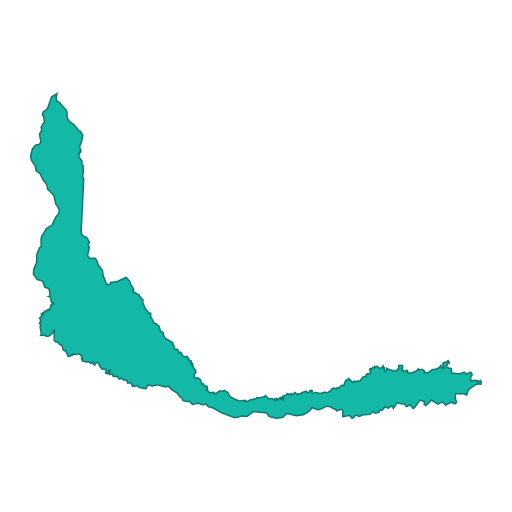 the district of Restrepo, Meta, Colombia
{"feature_id": "7082276B24108875707183", "entity_name": "Restrepo", "entity_type": "district", "adm_level": 2, "iso_a3": "COL", "parent_name": "Colombia", "parent_adm1": "Meta", "projection": "robinson", "projection_center": [-73.4, 4.296], "detail": "fine", "context": "isolated", "style": "filled", "palette": "teal", "viewbox_px": 512, "rotation_deg": 0, "n_neighbors": 0, "source": "geoboundaries", "source_scale": "gbopen_adm2", "svg_char_len": 5979}
<svg xmlns="http://www.w3.org/2000/svg" viewBox="0 0 512 512"><path d="M57.0,93.7L51.7,96.7L47.3,109.0L43.1,112.1L42.4,114.9L43.4,116.1L44.5,121.4L41.1,127.3L41.8,130.0L39.5,134.1L40.9,142.0L39.3,144.3L35.5,145.2L32.4,148.8L30.7,156.0L31.2,159.9L35.2,165.9L36.1,170.7L40.0,173.6L43.6,180.8L45.6,182.5L47.1,185.8L47.4,188.8L53.9,195.5L55.8,204.1L58.4,207.6L59.3,210.9L58.8,213.5L55.9,216.9L51.9,225.1L46.3,228.7L41.8,236.2L41.0,239.0L41.2,246.3L39.2,248.2L36.6,255.3L36.8,262.2L33.9,268.8L33.4,274.0L37.2,279.5L42.6,281.1L44.9,287.4L47.8,288.1L49.6,290.3L49.7,296.2L48.9,296.5L49.9,296.7L50.6,298.1L51.5,302.7L53.1,302.7L53.8,303.7L50.8,305.1L50.8,307.4L48.7,309.6L49.2,310.3L47.5,309.8L45.7,311.6L45.0,311.3L45.2,312.2L42.9,312.5L42.6,314.9L41.4,313.9L41.6,316.5L39.5,318.1L40.8,320.3L40.2,321.4L40.6,322.5L39.4,323.3L40.8,325.0L40.1,327.1L41.4,333.8L40.7,335.4L44.3,335.3L46.7,336.4L49.2,336.0L52.8,332.8L54.3,329.4L54.1,340.3L55.8,342.0L57.8,341.9L59.5,344.5L61.9,345.4L63.3,350.2L65.4,350.3L65.2,351.2L66.3,352.0L68.2,356.5L70.9,355.9L71.4,354.7L72.4,355.2L72.8,353.9L74.7,354.5L78.6,353.7L81.5,355.6L81.4,356.9L82.8,358.5L81.5,359.0L82.6,361.1L87.0,362.0L88.6,361.6L90.6,363.4L92.7,361.9L93.1,363.8L94.6,365.1L96.1,362.7L97.3,362.3L99.1,364.0L99.3,365.5L101.8,369.0L105.4,369.2L106.3,370.6L105.5,372.4L106.0,373.3L107.6,373.8L108.6,372.4L108.5,370.4L110.3,370.1L109.1,372.6L109.5,374.6L112.1,374.0L113.0,376.2L117.6,376.8L119.4,379.2L121.1,378.2L123.6,380.0L125.9,380.1L127.1,380.9L127.8,383.3L130.7,382.5L132.7,386.5L137.1,385.8L140.0,387.7L146.1,388.7L147.6,385.3L148.5,384.9L152.2,386.0L157.0,384.8L165.9,387.0L168.1,386.0L171.7,389.7L177.1,393.0L179.8,396.8L182.0,397.6L182.5,399.9L183.9,400.9L190.2,401.8L192.4,404.5L197.4,403.1L203.3,404.9L205.9,404.0L208.5,406.8L213.1,408.0L220.6,412.3L233.9,417.5L236.3,417.6L241.3,416.1L247.3,416.3L253.4,411.6L266.6,412.9L269.2,416.5L276.4,418.3L282.7,417.4L286.9,413.5L296.3,415.7L303.0,414.8L308.7,411.7L312.1,407.7L318.6,409.9L326.6,406.3L330.4,406.7L333.2,408.7L335.0,408.8L336.6,410.9L341.5,409.2L342.8,410.4L342.7,416.7L349.4,415.4L352.1,418.3L353.8,417.5L355.6,415.1L359.3,416.4L362.7,414.9L369.9,414.3L372.9,411.6L375.1,413.2L379.0,412.2L379.2,410.6L382.3,410.0L385.0,406.8L388.2,408.2L391.5,406.0L392.7,406.4L393.3,408.4L397.4,402.5L401.3,403.9L404.2,403.6L406.7,406.6L410.1,404.8L413.1,408.5L414.5,407.7L419.7,400.3L424.3,401.4L424.2,404.3L425.9,405.6L431.3,400.1L438.1,404.2L440.5,402.6L443.2,402.4L445.5,405.2L451.7,401.9L454.0,403.7L455.3,403.7L456.5,402.3L455.0,397.3L455.7,393.7L464.2,393.8L466.7,395.0L467.9,390.7L469.5,388.8L475.4,384.8L478.3,383.9L481.0,384.2L481.3,381.7L480.4,380.5L478.4,381.8L477.8,380.7L476.7,381.7L476.2,380.4L475.1,380.2L471.1,381.2L470.5,377.6L472.2,374.5L470.7,372.2L466.3,374.2L464.1,372.2L459.8,373.9L451.5,373.0L451.4,368.6L447.7,367.8L446.3,366.6L448.0,363.2L449.1,363.2L449.3,362.2L448.1,360.6L446.1,362.1L443.1,362.9L442.8,365.7L443.9,366.5L443.7,368.2L442.6,367.7L442.1,368.4L440.8,365.5L439.3,367.6L436.0,369.2L432.3,369.6L428.5,372.5L426.9,372.8L424.2,372.9L424.7,371.6L423.9,370.3L421.6,369.4L419.2,369.9L418.1,368.8L417.2,370.4L412.8,372.7L407.5,373.3L407.8,371.2L407.1,370.3L403.7,371.6L403.2,370.6L402.2,370.6L402.7,369.7L401.6,368.6L402.6,367.8L402.7,366.2L402.1,365.4L398.7,365.4L398.6,369.1L397.5,369.3L396.1,371.2L389.0,369.6L386.7,368.2L385.2,371.5L383.9,370.1L384.4,367.7L383.3,367.6L383.0,365.9L381.6,367.8L379.8,368.5L376.9,366.2L375.3,367.1L374.6,366.4L374.1,368.1L372.7,367.5L371.7,368.9L370.4,368.5L369.7,369.1L370.0,371.0L370.8,371.5L370.0,373.6L367.3,373.7L366.1,374.8L365.7,376.6L363.0,377.0L359.7,381.2L357.9,381.0L356.4,382.0L355.0,381.0L352.5,382.4L349.0,378.6L348.8,380.2L347.4,379.3L345.4,380.8L343.8,385.3L341.3,385.4L338.6,388.3L337.2,387.6L336.2,389.3L334.2,388.0L331.9,388.7L330.8,390.7L327.4,392.7L326.0,393.0L325.0,392.1L320.2,393.5L315.3,392.4L313.4,393.7L312.1,393.2L312.3,392.0L311.6,391.5L312.3,390.8L311.6,390.3L309.7,390.9L308.9,393.3L308.9,392.5L307.0,392.6L306.5,391.3L301.9,392.5L301.5,393.6L298.3,393.9L297.4,394.9L295.0,392.5L291.8,395.1L291.2,393.6L288.7,394.6L287.7,393.5L285.8,395.3L282.5,396.4L282.2,397.5L283.2,397.0L283.6,398.4L283.1,399.6L281.1,397.8L281.0,399.2L279.8,398.0L278.4,399.5L276.7,398.6L276.8,400.1L274.8,398.9L275.0,400.4L271.9,398.5L269.1,399.1L265.4,395.6L264.9,396.5L259.6,397.9L256.7,397.7L255.9,398.7L250.1,399.9L246.7,401.9L245.7,400.4L244.6,401.2L244.0,400.4L239.8,401.1L234.7,399.3L229.5,396.1L227.9,392.7L224.3,390.3L223.0,391.3L219.5,390.9L215.8,393.8L214.5,393.7L214.6,392.9L212.9,392.2L209.7,393.0L207.2,390.0L206.4,390.1L207.5,388.8L207.3,386.9L206.5,386.1L204.4,386.1L203.3,383.8L202.3,384.4L200.0,379.2L196.9,377.6L195.1,378.4L194.0,377.8L194.4,373.8L195.9,372.4L195.4,370.0L193.1,367.1L193.1,365.8L191.7,364.9L192.5,364.1L191.6,364.0L192.0,363.3L191.1,362.9L191.5,361.7L190.9,360.8L190.3,361.5L189.3,359.9L188.1,359.8L188.6,358.5L186.9,356.4L185.1,356.9L182.6,356.1L181.5,353.1L180.3,352.3L180.8,351.8L178.9,352.8L177.6,349.4L174.0,348.9L174.0,345.5L172.5,344.4L173.0,342.8L165.3,338.3L163.5,335.4L163.4,333.3L162.3,331.9L160.7,331.5L158.8,325.8L157.0,325.1L156.5,323.7L154.4,323.6L150.7,316.4L150.6,313.2L149.6,313.6L145.5,309.0L142.7,302.5L143.0,299.6L141.4,299.0L140.9,297.3L139.2,296.2L139.2,295.1L134.8,292.6L133.8,292.9L133.1,291.6L133.7,290.6L133.0,290.7L133.4,288.8L130.4,284.0L129.8,281.5L126.1,277.3L116.8,281.7L110.6,282.4L110.4,284.1L106.6,284.7L104.2,277.8L103.3,277.0L102.4,270.2L98.3,265.0L96.5,260.0L95.0,258.3L89.5,258.3L88.4,257.3L87.6,254.9L89.4,247.3L87.9,244.5L89.5,242.2L86.4,237.2L83.8,236.6L81.7,234.2L81.1,232.3L83.7,178.6L82.5,176.4L83.3,172.5L83.1,165.4L81.9,164.9L81.9,161.0L80.1,158.4L79.1,158.2L78.9,155.6L79.6,153.5L79.1,152.4L80.3,152.4L81.0,151.1L79.5,146.9L81.4,142.1L82.8,135.2L80.3,131.1L78.3,130.9L77.7,129.1L74.1,124.9L68.6,120.7L67.0,116.6L67.1,112.5L66.3,110.4L59.7,102.8L56.8,101.0L56.1,97.4L57.0,93.7Z" fill="#14b8a6" stroke="#0f766e" stroke-width="1.5"/></svg>